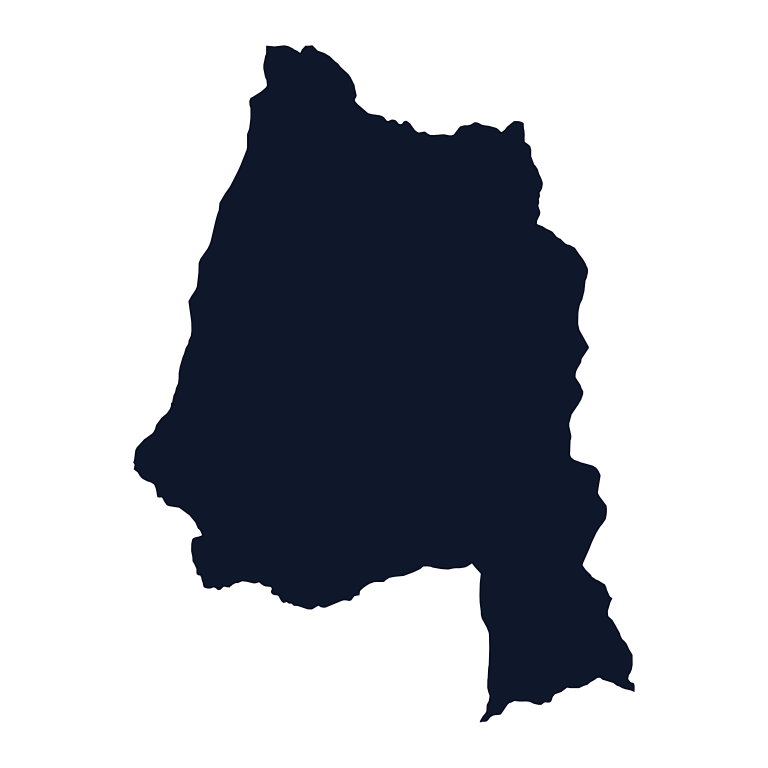 outline of La Merced, Caldas, Colombia
{"feature_id": "7082276B22025402112041", "entity_name": "La Merced", "entity_type": "district", "adm_level": 2, "iso_a3": "COL", "parent_name": "Colombia", "parent_adm1": "Caldas", "projection": "albers", "projection_center": [-75.549, 5.392], "detail": "fine", "context": "isolated", "style": "filled", "palette": "ink", "viewbox_px": 768, "rotation_deg": 0, "n_neighbors": 0, "source": "geoboundaries", "source_scale": "gbopen_adm2", "svg_char_len": 6094}
<svg xmlns="http://www.w3.org/2000/svg" viewBox="0 0 768 768"><path d="M633.8,690.9L633.9,685.9L633.3,683.9L632.8,683.5L631.4,683.3L630.0,682.7L627.7,679.7L627.4,678.6L628.2,674.7L629.8,672.5L631.1,669.2L631.9,664.7L631.8,655.1L628.3,649.2L626.1,644.3L624.2,641.9L621.5,639.4L619.8,635.8L619.2,633.5L614.2,624.4L611.7,620.3L607.9,616.9L607.3,615.3L607.1,611.0L609.8,601.8L611.5,598.6L609.1,596.7L606.2,590.0L605.6,587.6L604.4,585.0L598.3,581.3L595.1,579.9L591.3,577.2L590.2,575.2L585.3,570.5L582.0,565.8L581.8,564.8L582.7,562.1L588.5,549.0L591.3,541.9L595.8,532.4L599.3,526.7L601.9,523.5L604.7,519.4L605.3,518.0L606.0,513.8L606.2,509.6L605.8,505.9L599.3,497.2L597.3,493.7L597.1,492.2L599.8,475.9L599.7,475.0L597.9,471.3L596.3,469.0L595.3,468.0L592.4,466.3L580.5,463.0L573.6,460.4L570.3,457.6L569.3,454.8L569.8,440.3L570.4,438.6L570.6,435.9L568.5,426.3L568.5,423.4L570.9,414.2L577.7,404.2L580.5,399.4L582.4,394.1L582.5,391.5L580.9,388.6L579.7,385.1L575.1,378.1L574.8,377.2L574.9,373.9L575.4,371.4L576.7,368.4L580.4,362.2L580.9,358.7L588.1,347.8L588.1,347.1L578.7,330.1L577.4,324.1L577.6,313.3L578.0,310.2L579.0,305.1L580.1,302.1L581.6,299.4L583.7,290.8L584.8,280.5L586.0,277.8L587.2,272.4L587.3,270.6L586.9,268.2L585.5,265.6L585.1,264.2L582.3,259.4L578.8,254.9L574.4,248.4L569.3,245.6L567.4,245.4L564.7,244.0L560.2,239.5L558.6,238.9L555.9,237.1L552.2,232.5L551.1,231.8L545.5,229.1L542.4,227.0L538.2,225.5L536.1,224.4L536.3,220.7L539.2,214.6L539.4,213.6L539.5,211.9L537.6,206.3L537.8,204.5L538.4,202.7L538.0,199.0L539.2,196.3L538.9,192.4L540.5,190.1L541.3,188.3L542.1,183.9L541.8,182.0L540.3,177.9L538.5,174.4L537.0,169.4L534.5,165.7L533.7,165.2L530.4,156.5L530.5,150.3L529.8,147.3L529.4,146.4L527.7,144.9L524.0,142.3L523.8,138.0L524.0,135.4L523.6,130.2L523.2,129.1L522.9,123.5L521.6,122.7L518.7,121.9L514.3,121.8L507.3,127.5L505.5,130.0L502.1,132.8L500.4,132.5L498.0,130.0L496.0,128.6L488.7,126.6L483.3,125.9L480.8,125.1L478.7,123.8L476.2,123.0L474.8,123.0L470.9,125.3L467.8,126.1L464.5,126.0L460.6,127.1L459.0,128.8L458.0,130.4L454.0,135.4L451.5,136.1L449.3,136.1L443.8,135.0L433.7,135.8L430.0,135.7L426.9,134.1L425.3,132.7L424.3,132.3L419.7,133.2L418.1,133.2L416.6,132.4L414.2,130.5L409.6,124.0L407.2,122.1L405.9,121.5L404.2,122.1L402.7,124.2L401.0,125.1L398.4,124.5L395.6,121.2L394.8,120.8L392.9,120.3L391.6,120.4L388.6,121.7L387.4,121.8L386.1,121.1L383.5,117.9L381.7,116.7L379.0,115.9L371.5,114.9L367.7,113.8L357.1,104.7L354.8,102.1L354.0,100.3L354.2,99.1L355.5,96.8L355.9,95.4L354.3,88.4L353.9,85.5L350.0,77.6L348.0,74.8L340.0,67.3L337.6,64.2L334.5,61.9L329.4,56.9L324.0,53.7L317.2,51.3L312.2,46.1L309.0,46.5L305.7,46.5L302.5,50.0L301.0,53.3L300.1,53.5L299.0,53.2L297.3,51.7L293.6,50.0L292.3,48.9L287.9,46.8L284.2,46.1L274.7,47.2L266.9,46.5L266.9,53.9L266.0,55.9L264.1,64.9L264.1,68.6L265.8,77.0L267.1,79.6L267.8,85.6L266.4,88.0L261.4,92.3L252.8,97.7L251.2,98.4L250.1,101.0L250.2,104.7L251.2,108.1L251.2,118.3L249.9,128.8L247.8,134.3L247.8,147.6L247.1,150.5L241.1,165.6L238.7,171.0L233.9,180.5L230.4,187.2L225.6,193.9L220.2,203.2L219.5,210.3L217.8,215.0L216.3,220.4L211.3,241.6L210.0,245.3L208.3,248.7L200.9,259.3L199.4,263.4L199.2,272.3L197.6,286.7L195.9,290.6L192.0,296.4L189.2,301.4L192.0,321.7L192.2,330.8L191.6,335.8L189.4,340.7L188.9,344.0L186.3,348.5L184.6,354.3L183.5,356.7L180.5,366.9L179.4,373.3L179.4,377.9L178.8,383.5L176.6,388.5L176.2,390.8L175.3,393.6L174.2,395.6L172.7,403.5L171.8,403.5L171.7,406.2L170.5,409.4L167.3,413.9L162.0,418.3L156.9,425.2L155.6,429.7L154.2,432.3L152.6,434.2L144.6,439.9L137.3,447.9L136.0,450.6L134.9,459.6L134.1,462.5L135.4,464.2L134.6,469.1L138.1,471.7L140.6,475.8L142.6,478.0L147.2,480.5L150.9,481.6L154.5,483.8L155.3,485.2L156.6,488.6L158.0,496.5L159.5,496.8L161.9,496.5L162.9,497.4L165.1,501.6L167.1,504.4L167.7,504.9L169.9,505.5L179.4,507.0L190.1,514.9L196.0,522.1L198.5,528.0L200.6,529.8L202.7,534.5L202.4,535.9L201.5,536.4L198.6,537.4L195.5,538.0L193.9,538.8L192.9,539.6L192.0,544.1L191.9,551.0L193.1,557.0L193.3,561.0L195.1,564.0L197.2,568.8L197.2,572.9L197.6,573.9L198.8,574.6L200.7,574.8L202.0,577.4L202.4,579.7L203.4,582.6L204.1,586.2L204.9,587.0L207.8,587.8L210.7,587.7L212.9,586.7L214.3,586.7L215.7,587.2L218.2,589.3L220.0,589.1L223.1,586.2L223.9,585.8L227.2,586.5L229.3,586.6L229.3,586.2L231.2,585.1L231.3,584.6L234.9,582.6L235.8,582.3L237.8,582.3L241.7,580.6L243.6,580.6L247.3,581.1L253.4,582.6L255.6,582.6L259.3,581.4L261.6,583.5L264.1,585.1L265.9,585.7L270.3,586.1L271.8,586.9L272.6,588.7L272.5,589.6L271.7,591.2L271.8,592.3L272.3,593.1L272.9,593.7L274.2,594.2L278.2,594.8L279.7,596.4L280.2,597.8L282.1,601.0L283.8,602.2L286.2,601.2L287.2,601.3L288.4,602.5L289.5,602.9L291.5,602.8L292.0,603.0L293.8,604.8L294.6,605.1L297.8,605.2L307.9,608.6L311.8,608.7L318.0,605.0L319.1,605.1L320.9,606.4L323.1,606.9L325.1,606.9L341.7,600.1L343.3,599.6L346.1,599.6L349.2,600.2L350.8,599.7L353.9,595.5L358.8,594.5L359.2,591.0L360.6,589.3L364.0,586.4L369.0,583.2L374.3,581.3L383.6,581.2L385.2,579.6L389.0,577.1L394.8,576.0L403.5,575.2L413.6,571.4L419.9,568.4L423.1,565.7L427.6,565.6L430.9,566.0L432.8,566.8L441.2,568.3L448.2,568.8L452.7,567.8L455.9,567.4L459.2,567.5L464.7,566.7L467.1,565.7L471.8,562.6L472.4,562.7L475.4,566.6L481.6,573.4L480.5,583.5L480.2,595.1L480.4,602.3L481.5,611.3L481.6,614.7L482.5,618.2L487.4,627.2L489.4,632.4L489.7,634.6L490.0,647.9L489.5,664.7L488.9,668.3L488.4,678.4L488.1,679.7L488.0,687.7L489.1,692.3L490.3,695.5L490.2,697.1L489.4,701.4L487.5,704.9L487.1,711.5L485.9,713.7L483.2,716.9L480.3,721.9L481.6,721.1L485.8,720.9L486.4,720.6L487.5,719.7L489.5,717.1L491.3,715.7L494.0,714.5L500.0,714.0L501.1,712.9L506.9,704.3L509.0,702.4L511.1,701.8L514.3,700.2L519.6,700.8L526.4,700.7L529.2,701.0L531.3,701.7L533.9,703.0L538.6,704.1L541.1,704.1L543.7,702.0L545.3,701.6L548.3,701.8L549.7,701.7L550.8,700.5L552.1,696.5L554.5,693.6L561.0,691.3L566.9,686.8L570.4,687.4L578.8,687.4L583.2,685.3L587.2,684.0L589.6,681.9L594.6,679.0L596.8,677.3L598.1,677.0L600.1,677.0L600.9,677.3L602.6,678.9L613.7,682.3L617.2,685.0L619.9,685.9L622.3,687.4L625.3,688.4L631.0,689.7L633.8,690.9Z" fill="#0f172a" stroke="#020617" stroke-width="1.5"/></svg>